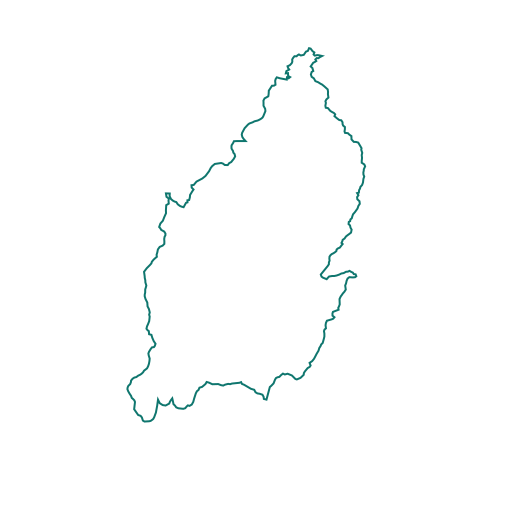 the district of Posse, Goiás, Brazil, rotated 127°
{"feature_id": "56859067B54969559433464", "entity_name": "Posse", "entity_type": "district", "adm_level": 2, "iso_a3": "BRA", "parent_name": "Brazil", "parent_adm1": "Goiás", "projection": "orthographic", "projection_center": [-46.453, -14.224], "detail": "fine", "context": "isolated", "style": "outline", "palette": "teal", "viewbox_px": 512, "rotation_deg": 127, "n_neighbors": 0, "source": "geoboundaries", "source_scale": "gbopen_adm2", "svg_char_len": 5899}
<svg xmlns="http://www.w3.org/2000/svg" viewBox="0 0 512 512"><g transform="rotate(127 256 256)"><path d="M364.4,161.2L352.3,166.1L350.5,165.7L347.2,165.3L343.3,166.4L341.5,166.6L340.0,165.9L338.5,164.6L336.0,164.3L333.7,163.7L333.3,161.7L331.0,159.9L329.8,155.4L330.5,150.6L330.0,149.1L326.5,147.1L322.2,146.4L320.7,147.3L318.9,147.5L314.4,147.3L312.3,146.4L310.6,146.5L309.1,148.9L306.2,147.9L303.2,147.8L300.0,148.3L297.7,148.7L294.0,149.1L291.3,150.1L289.3,150.2L287.4,150.7L285.3,150.4L281.5,151.9L279.2,152.9L276.8,154.7L275.1,156.5L273.5,157.0L271.7,156.6L269.4,158.8L267.3,159.9L265.0,160.4L261.0,157.4L259.6,156.6L257.7,156.5L257.6,159.0L255.8,160.4L254.3,160.9L249.2,157.7L247.9,159.1L246.3,159.4L244.3,160.0L242.2,161.7L240.1,163.4L237.3,164.0L235.4,164.0L233.7,164.1L231.4,163.9L228.8,164.1L227.6,165.3L225.9,167.0L223.7,167.6L221.3,168.7L218.9,169.3L216.7,168.7L215.7,167.1L214.7,165.6L213.3,164.1L211.8,163.7L210.7,165.4L211.6,167.0L211.0,168.7L211.4,170.4L211.6,172.4L213.2,173.2L214.4,174.6L216.9,175.7L218.6,177.3L220.7,178.3L223.1,179.9L224.8,181.4L226.3,183.3L228.4,185.3L230.3,185.5L232.0,185.6L232.4,187.2L233.0,189.5L233.0,191.3L231.8,193.1L221.0,192.7L218.8,192.8L217.1,194.0L215.5,194.4L214.0,195.8L212.3,196.9L210.7,197.0L209.0,196.7L207.2,195.8L205.2,195.1L203.7,194.8L202.3,195.5L200.8,195.2L198.8,194.1L196.0,194.1L194.3,194.0L194.1,195.6L192.4,195.9L190.9,196.5L188.8,195.8L186.3,195.9L184.3,195.4L182.4,194.8L180.1,194.2L177.4,195.5L176.5,197.6L175.0,199.3L174.8,201.3L172.9,202.4L171.5,201.8L170.0,202.6L168.3,202.2L166.2,203.0L164.3,203.6L161.4,203.4L157.0,203.5L154.3,204.4L151.9,204.5L150.0,206.3L149.7,209.2L148.1,210.7L145.8,210.8L144.9,213.1L143.5,212.0L141.3,213.3L139.6,213.5L138.0,214.2L135.4,214.0L132.9,214.8L129.8,216.6L127.4,217.4L126.3,219.2L124.6,220.6L123.2,221.2L121.8,222.1L118.7,222.8L117.7,224.6L117.9,227.7L116.4,228.8L113.8,230.4L111.8,232.3L109.7,233.2L107.8,235.9L106.4,236.6L105.5,238.7L103.9,242.6L104.7,244.7L106.0,246.6L105.4,249.9L102.8,252.0L102.9,254.5L102.6,256.5L104.1,259.0L103.2,260.3L101.3,261.3L99.5,262.6L99.4,264.9L98.6,266.2L97.1,267.4L96.3,269.6L97.3,271.3L97.3,274.3L97.1,277.5L95.2,278.0L94.9,279.8L95.3,282.4L95.4,284.1L94.6,287.6L95.6,289.5L94.3,291.0L91.7,292.3L90.6,293.7L88.6,294.0L85.9,293.5L83.4,296.0L81.6,297.2L79.8,299.0L79.4,303.6L79.3,306.5L79.6,308.1L79.8,310.9L80.6,313.8L79.3,316.7L79.4,319.4L78.0,321.4L75.5,322.3L73.8,321.6L71.9,324.1L71.7,326.4L67.2,326.6L65.7,325.8L64.0,325.2L63.3,326.9L61.4,326.6L60.5,325.2L58.8,324.7L56.5,323.6L57.9,326.7L58.7,328.0L60.6,329.7L60.4,331.3L58.3,331.9L58.4,334.0L57.5,337.2L58.1,338.7L61.0,338.0L62.7,339.1L66.6,338.9L68.9,340.9L69.2,343.0L70.6,343.6L72.1,343.8L73.3,345.5L75.3,345.6L77.2,345.4L79.0,343.9L80.6,343.5L83.3,343.8L85.5,345.0L86.5,343.6L87.1,341.7L90.1,343.0L92.2,342.1L90.7,340.5L92.9,338.7L92.6,336.4L94.5,336.9L94.8,338.7L96.6,337.6L99.7,343.9L100.8,346.9L102.8,346.8L104.6,346.1L107.5,343.5L109.2,344.2L110.4,345.7L114.4,345.4L116.2,345.3L118.1,344.0L119.7,343.0L121.1,342.3L123.4,343.3L124.9,344.0L127.4,343.6L129.1,342.2L131.5,340.4L132.9,337.3L134.6,335.7L139.9,334.3L141.4,334.1L142.9,334.4L144.9,335.2L146.8,336.2L149.4,338.3L151.2,339.1L154.1,341.0L155.8,341.5L160.8,342.0L165.9,341.2L167.7,340.4L169.2,338.5L169.9,336.5L170.5,333.5L175.6,340.3L177.6,342.7L179.4,342.3L182.3,342.1L183.6,341.3L185.0,340.1L186.0,337.5L187.1,336.3L187.5,334.4L189.0,332.6L191.9,332.2L194.1,332.3L195.8,332.3L198.0,333.3L200.4,333.3L202.1,335.7L202.1,338.1L202.7,339.8L207.3,344.3L210.7,345.1L213.0,345.1L216.5,344.5L219.0,344.5L222.5,344.5L226.4,345.5L232.4,348.3L236.7,348.5L238.3,350.1L240.1,348.5L240.5,345.9L242.8,345.8L246.9,345.4L249.0,344.1L251.5,343.1L252.8,344.3L254.4,343.0L255.7,343.9L260.6,343.2L261.4,345.2L261.8,346.9L261.8,349.6L260.9,352.1L261.5,353.7L261.8,355.4L261.7,358.1L260.2,361.0L258.0,362.5L260.2,365.6L262.6,363.1L262.6,360.1L264.3,359.3L266.7,357.2L269.4,358.3L273.8,355.4L276.0,353.6L280.0,352.7L283.9,351.6L287.6,351.9L291.1,350.8L291.5,349.0L292.2,347.4L291.7,344.0L292.6,341.8L294.0,340.8L295.6,340.6L297.6,339.6L299.7,337.8L301.5,336.5L303.9,336.8L306.7,338.4L309.8,338.3L312.5,337.0L314.9,336.1L316.3,334.7L318.4,335.2L320.6,335.6L323.3,335.7L324.9,335.1L327.2,335.3L331.5,335.9L336.0,335.9L339.1,332.8L340.4,331.7L342.0,329.8L343.6,328.5L345.6,325.8L347.8,324.9L349.3,324.4L351.9,322.5L353.7,321.7L355.1,320.7L356.8,318.4L358.6,314.8L361.5,312.3L362.8,309.6L365.0,306.9L367.2,306.0L368.3,304.5L370.1,303.4L372.3,302.1L375.5,301.2L377.8,300.7L380.0,299.7L380.5,298.0L380.5,296.4L381.7,295.3L382.8,294.3L381.9,292.1L383.8,289.5L384.7,287.9L385.5,286.5L386.6,283.4L388.7,282.7L390.2,282.7L391.6,284.1L394.0,284.1L396.9,283.8L398.6,283.3L400.0,281.8L401.9,279.2L404.0,277.9L406.6,276.6L409.0,275.8L411.3,275.4L413.2,275.9L414.9,276.4L416.8,276.2L418.8,276.5L420.4,277.0L422.5,278.1L424.7,278.7L426.3,280.0L428.3,280.7L430.7,280.8L432.0,280.0L434.0,279.4L436.5,279.8L438.2,279.4L439.7,278.6L440.9,276.7L442.0,274.2L442.9,271.6L444.1,269.8L444.2,268.1L444.5,266.3L445.4,264.8L451.7,261.1L452.9,257.5L453.9,254.4L453.1,252.0L453.6,250.0L455.5,247.3L455.3,245.4L454.0,243.9L452.3,241.9L451.1,240.9L449.5,240.4L448.0,240.0L446.0,240.3L441.3,241.7L434.9,244.9L432.6,246.2L429.7,247.8L431.5,244.3L431.2,240.8L429.8,238.2L426.1,236.5L424.3,237.0L422.3,237.2L420.1,237.2L421.6,235.4L424.0,232.7L424.2,230.8L424.9,228.6L424.3,226.3L421.8,222.1L420.1,220.9L417.9,220.8L416.3,220.5L415.7,218.9L413.3,217.9L410.3,218.3L407.1,219.6L401.9,221.4L399.6,221.8L397.6,221.3L395.2,221.9L393.0,220.3L390.9,219.8L388.6,219.3L386.3,219.6L385.4,217.2L384.7,213.7L381.0,209.1L380.2,206.2L379.2,204.2L377.4,203.3L374.9,201.3L373.9,199.5L372.3,198.4L367.2,192.9L365.7,192.0L366.6,190.3L366.0,188.0L365.1,180.1L363.9,176.9L365.1,174.4L364.9,172.2L363.8,170.1L362.9,167.4L363.8,165.3L365.4,163.7L364.4,161.2Z" fill="none" stroke="#0f766e" stroke-width="2"/></g></svg>